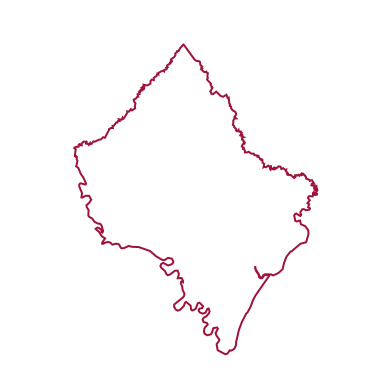 Aguadulce, Coclé, Panama, rotated 31°
{"feature_id": "35544464B59836826406650", "entity_name": "Aguadulce", "entity_type": "district", "adm_level": 2, "iso_a3": "PAN", "parent_name": "Panama", "parent_adm1": "Coclé", "projection": "natural_earth1", "projection_center": [-80.598, 8.21], "detail": "fine", "context": "isolated", "style": "outline", "palette": "rose", "viewbox_px": 384, "rotation_deg": 31, "n_neighbors": 0, "source": "geoboundaries", "source_scale": "gbopen_adm2", "svg_char_len": 6012}
<svg xmlns="http://www.w3.org/2000/svg" viewBox="0 0 384 384"><g transform="rotate(31 192 192)"><path d="M74.0,221.7L74.5,220.9L75.2,221.2L76.2,223.2L77.8,224.3L79.6,229.7L82.2,229.9L87.2,233.7L91.3,235.5L96.6,239.1L97.0,239.9L96.7,240.6L92.3,241.8L91.6,242.6L91.6,243.8L92.4,245.2L98.4,249.7L100.0,253.6L100.8,253.3L102.7,250.1L105.7,248.3L109.6,250.5L109.4,254.5L108.3,257.7L109.6,259.2L112.6,260.7L115.3,265.6L116.5,266.2L120.4,266.2L123.5,267.7L127.5,267.6L129.6,266.5L131.8,267.3L136.0,271.4L136.1,272.9L135.2,273.0L133.7,271.1L130.6,270.8L129.1,271.3L128.4,273.3L132.6,274.0L137.6,276.4L141.4,276.5L141.1,281.5L141.6,282.6L142.5,282.2L143.9,279.8L146.1,277.9L148.0,277.5L150.9,278.1L153.2,275.7L155.3,274.6L156.7,274.6L159.7,276.5L160.9,276.4L162.7,275.0L165.5,270.9L168.7,269.9L174.8,266.6L186.5,264.2L194.0,265.6L201.5,265.5L203.6,264.4L205.4,260.8L209.1,259.5L211.8,261.1L212.2,262.6L211.8,264.4L209.4,267.3L203.8,267.6L202.7,269.5L203.1,271.8L204.8,272.8L209.7,273.7L212.4,275.6L214.2,275.8L215.6,274.1L217.9,268.3L220.2,266.8L223.0,269.0L224.2,273.3L227.4,271.1L230.0,272.7L230.7,273.9L229.1,274.0L228.9,274.4L229.6,276.1L232.4,278.2L234.5,280.9L237.6,282.8L238.7,284.8L238.6,287.0L234.7,297.5L235.7,299.6L238.6,301.1L241.0,301.0L242.5,299.0L243.7,293.9L243.0,290.3L243.6,289.2L249.4,290.2L251.8,293.3L253.2,293.5L255.3,290.5L254.3,284.3L255.1,283.2L256.0,283.1L260.4,284.3L260.5,286.3L258.5,288.1L258.5,289.6L259.1,290.6L260.7,291.2L264.0,290.7L265.7,288.5L265.4,284.2L266.3,283.3L268.6,285.3L269.0,287.3L268.2,291.5L266.8,293.7L266.9,296.0L268.9,297.5L272.0,296.6L273.5,297.2L273.8,298.0L272.9,301.1L273.1,303.2L274.3,305.8L275.9,306.9L278.7,307.0L281.5,304.3L281.5,301.9L280.4,297.8L283.2,295.2L284.6,295.8L284.9,300.8L286.8,302.4L291.5,304.5L291.9,305.8L291.4,309.7L295.5,314.4L304.3,313.9L305.7,312.0L305.8,308.4L307.2,307.9L309.0,304.8L308.6,300.6L307.2,298.1L303.2,285.9L301.7,277.6L301.1,268.3L301.6,266.6L301.3,259.8L300.2,254.9L299.7,248.3L301.3,224.0L300.5,223.8L297.4,225.3L296.8,226.3L296.6,229.6L295.3,230.5L293.6,230.6L291.6,228.5L288.2,227.0L285.7,225.2L284.7,223.7L284.6,222.9L285.3,224.4L287.2,225.9L291.6,228.1L294.5,230.2L296.1,228.9L296.0,226.5L297.2,224.7L302.3,221.9L304.3,221.8L306.7,218.8L308.2,215.8L309.4,211.4L307.4,205.2L306.3,198.8L307.1,192.4L307.9,191.6L311.6,180.5L315.6,176.4L315.5,175.6L313.5,167.9L311.3,164.9L306.7,163.0L301.9,163.5L299.3,160.8L296.9,163.4L295.4,163.5L291.7,159.5L291.7,157.8L292.5,156.8L297.2,156.8L297.4,155.3L295.7,154.2L295.2,153.1L295.4,150.1L296.6,149.1L299.3,148.9L301.5,146.9L301.8,145.7L301.5,145.2L299.3,145.2L298.7,142.1L296.7,142.1L297.2,138.4L294.8,137.6L294.2,136.5L294.7,135.0L297.7,133.7L297.6,132.7L296.2,130.7L296.5,129.3L297.5,129.5L298.4,131.4L300.3,130.3L300.3,129.3L298.3,128.3L298.6,125.8L298.1,125.3L297.1,126.7L295.8,127.0L295.6,125.8L296.6,124.2L295.7,122.9L294.3,125.0L293.5,123.0L291.8,124.7L290.9,124.7L290.4,123.3L291.8,121.6L288.8,120.1L287.2,121.8L286.5,121.0L283.1,121.8L282.0,120.4L281.0,120.3L280.5,119.6L278.8,119.4L277.8,120.6L277.6,119.7L277.1,120.3L276.5,119.7L275.6,122.8L274.5,122.4L273.9,123.5L272.8,123.8L272.8,124.6L272.0,124.6L272.4,125.4L271.9,125.3L271.7,126.4L272.5,126.5L272.3,127.4L267.8,126.5L266.5,127.6L265.2,127.0L265.4,127.7L264.9,128.1L263.9,127.3L263.9,126.4L261.7,125.8L261.2,124.3L260.6,125.0L257.9,124.6L256.8,126.3L254.7,124.6L252.8,125.7L252.5,127.5L250.6,128.6L251.5,129.2L251.2,129.8L249.8,128.9L249.3,130.0L249.7,130.7L248.1,131.2L247.8,132.5L246.9,132.0L247.1,130.3L246.3,129.2L245.3,130.5L243.7,130.1L242.7,132.7L241.0,133.2L240.6,133.9L239.4,130.7L237.4,130.6L235.8,128.2L234.7,128.1L234.6,128.9L234.0,129.0L231.7,127.7L230.1,128.0L230.2,127.2L229.5,127.5L229.3,127.0L226.6,128.3L225.2,127.3L223.2,128.5L219.8,128.3L218.8,129.8L216.9,130.8L215.8,129.1L214.4,128.7L214.1,128.0L213.5,128.6L212.9,127.4L211.3,127.4L210.8,125.1L212.0,123.8L211.9,122.5L211.1,122.1L210.8,122.9L209.4,121.2L207.8,121.3L207.1,119.7L208.0,118.5L207.1,118.7L206.0,117.4L205.4,118.3L204.9,117.3L204.2,118.0L204.0,115.5L202.9,115.7L202.6,115.1L200.9,116.0L199.9,114.8L199.7,116.3L199.2,116.8L197.9,116.5L197.1,115.1L194.7,114.7L194.2,113.7L192.5,113.5L191.8,111.3L190.7,109.9L190.5,108.0L190.7,107.1L192.0,106.2L189.7,105.8L190.0,103.6L189.5,102.3L187.9,101.0L185.1,101.1L182.5,100.2L181.5,98.7L180.0,98.8L179.5,97.2L178.4,97.0L175.9,93.4L174.9,93.3L174.8,92.3L174.0,92.9L171.4,90.9L169.6,94.4L167.1,94.9L161.1,93.5L159.6,97.3L157.9,97.8L157.1,96.8L155.9,96.5L155.9,92.3L155.0,92.3L154.8,91.5L152.7,90.6L152.5,89.4L147.0,87.9L146.8,86.0L145.8,85.3L144.4,82.0L143.8,82.2L142.2,81.5L141.5,82.5L140.1,82.9L136.6,82.1L137.1,80.8L135.9,80.4L136.2,79.3L133.8,78.8L131.7,76.3L130.8,76.2L128.3,77.4L126.1,77.2L108.1,69.6L108.7,70.2L107.7,74.7L107.9,78.1L106.6,79.1L107.0,79.7L106.3,82.0L107.3,83.1L107.3,85.3L105.6,89.2L107.5,90.1L107.3,91.9L106.5,90.9L106.5,94.5L105.6,95.6L105.7,96.9L106.9,97.5L105.9,98.8L106.9,99.2L106.9,100.0L105.5,101.5L105.9,102.9L105.0,102.6L103.1,105.0L101.9,107.5L102.6,108.5L101.3,108.4L101.9,111.3L100.9,112.3L100.5,114.1L101.6,115.7L99.6,116.4L99.3,118.3L100.6,120.6L98.8,123.7L95.3,125.0L96.1,125.7L95.4,127.2L96.1,127.9L95.5,128.5L96.7,128.6L96.6,127.4L97.1,126.8L97.8,128.3L97.1,129.3L97.2,130.4L96.6,130.7L96.0,129.6L95.6,130.0L95.1,132.6L95.6,133.2L96.1,132.9L96.1,133.7L95.4,134.0L96.5,135.0L95.0,136.3L96.8,138.0L96.1,138.5L95.9,140.4L94.5,143.0L95.8,144.3L97.9,145.1L98.9,148.0L100.2,149.6L98.5,153.0L96.9,152.4L96.6,155.5L94.9,156.2L95.7,157.3L95.6,164.6L95.0,165.0L94.3,164.4L94.5,166.2L91.8,167.3L93.4,168.3L92.0,169.3L92.3,170.9L91.2,171.4L90.9,175.3L89.8,176.2L91.2,177.9L89.6,178.9L88.5,180.8L88.9,181.5L89.4,190.4L87.6,190.8L86.9,193.7L85.1,195.3L82.9,198.8L81.4,199.4L81.1,202.5L80.5,203.1L79.4,202.4L79.3,204.8L78.0,204.3L76.2,205.1L75.7,204.4L76.1,202.5L75.4,203.5L73.3,204.5L72.4,207.3L73.5,208.8L72.6,209.2L70.8,209.0L70.5,209.8L71.5,211.5L69.3,213.1L68.4,214.5L68.6,215.1L70.2,215.1L73.1,221.6L74.0,221.7Z" fill="none" stroke="#9f1239" stroke-width="2"/></g></svg>